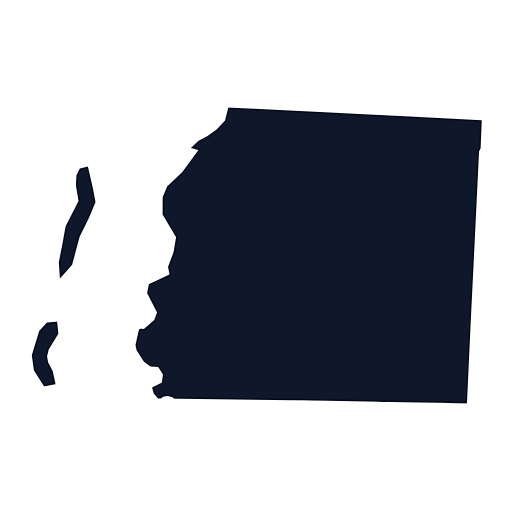 the district of Jackson, Mississippi, United States of America, rotated 93°
{"feature_id": "52423323B10934602069357", "entity_name": "Jackson", "entity_type": "district", "adm_level": 2, "iso_a3": "USA", "parent_name": "United States of America", "parent_adm1": "Mississippi", "projection": "equal_earth", "projection_center": [-88.578, 30.463], "detail": "fine", "context": "isolated", "style": "filled", "palette": "ink", "viewbox_px": 512, "rotation_deg": 93, "n_neighbors": 0, "source": "geoboundaries", "source_scale": "gbopen_adm2", "svg_char_len": 1287}
<svg xmlns="http://www.w3.org/2000/svg" viewBox="0 0 512 512"><g transform="rotate(93 256 256)"><path d="M109.4,38.4L109.4,84.8L109.6,177.5L109.8,262.7L110.0,290.8L122.7,293.3L132.2,301.3L139.5,310.5L144.6,319.0L151.1,325.2L152.7,317.8L176.6,333.4L190.2,346.4L191.4,347.6L202.2,351.5L219.2,350.7L241.2,336.0L256.8,337.8L271.6,342.5L279.3,340.4L290.2,360.8L298.6,362.0L317.5,351.0L325.7,353.6L335.4,363.7L335.5,367.7L336.3,368.4L351.1,370.9L356.0,369.6L366.8,361.9L371.1,355.5L371.2,347.5L378.8,342.0L387.8,342.6L393.1,352.0L398.3,350.2L402.6,346.2L402.5,343.7L400.8,341.9L399.6,337.1L400.7,331.6L402.0,330.2L397.6,217.4L396.8,199.7L396.6,191.5L396.5,190.2L396.1,178.3L395.3,154.5L394.4,128.3L394.4,121.2L394.1,116.9L393.2,91.6L392.1,61.7L392.0,56.4L391.6,42.6L391.5,41.5L391.4,38.4L310.6,38.9L242.9,39.1L139.7,39.5L136.5,38.1L109.4,38.4ZM176.4,429.1L178.5,436.0L185.2,438.8L194.7,438.8L210.5,435.3L236.4,446.9L238.5,447.2L252.8,449.0L272.6,451.8L286.9,450.1L274.1,439.9L245.8,433.9L238.8,430.9L226.3,425.5L210.5,419.9L197.4,423.1L176.4,429.1ZM332.8,451.8L334.1,460.9L342.6,467.9L366.9,473.9L370.1,473.3L381.5,471.1L396.4,460.5L394.0,450.4L382.1,453.6L373.3,458.8L369.7,459.6L367.2,460.2L359.9,458.8L343.8,450.1L332.8,451.8Z" fill="#0f172a" stroke="#020617" stroke-width="1.5"/></g></svg>